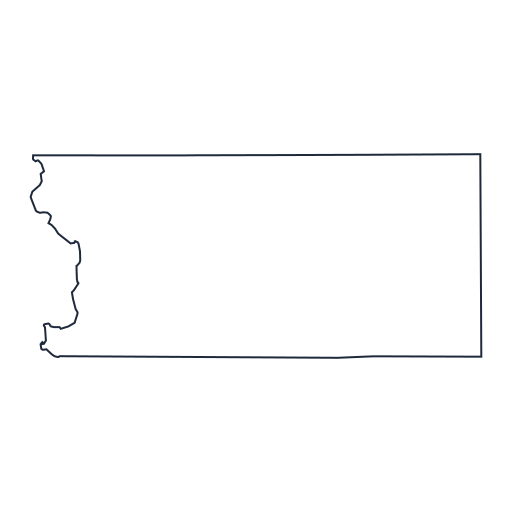 the district of Lyon, Iowa, United States of America
{"feature_id": "52423323B71367497505693", "entity_name": "Lyon", "entity_type": "district", "adm_level": 2, "iso_a3": "USA", "parent_name": "United States of America", "parent_adm1": "Iowa", "projection": "orthographic", "projection_center": [-96.51, 43.379], "detail": "fine", "context": "isolated", "style": "outline", "palette": "slate", "viewbox_px": 512, "rotation_deg": 0, "n_neighbors": 0, "source": "geoboundaries", "source_scale": "gbopen_adm2", "svg_char_len": 1218}
<svg xmlns="http://www.w3.org/2000/svg" viewBox="0 0 512 512"><path d="M121.4,155.4L37.8,155.3L33.1,155.3L33.0,159.0L33.5,159.8L35.7,161.3L37.5,160.4L38.3,160.5L40.8,163.1L41.6,164.2L44.0,171.3L40.7,173.9L41.5,179.8L41.8,181.1L39.8,185.1L32.4,191.6L30.7,196.7L30.9,197.8L35.9,210.7L36.7,211.5L38.7,212.3L39.8,212.8L43.4,212.3L47.5,212.7L50.5,215.4L50.9,216.3L50.2,219.4L48.5,223.2L51.5,224.9L55.0,228.6L58.2,233.6L60.9,235.8L70.6,243.4L74.2,242.9L74.8,242.3L74.8,241.3L75.4,241.2L77.7,242.3L78.5,243.6L80.0,251.3L80.2,259.4L80.2,260.5L79.6,262.7L77.0,265.7L76.5,265.9L76.6,270.8L76.9,279.5L77.6,282.4L78.2,282.6L78.4,283.4L73.7,290.5L71.9,292.3L73.0,298.9L75.6,309.0L77.6,312.4L77.3,314.4L74.6,322.8L68.2,326.5L60.8,328.8L59.5,327.1L54.5,327.1L54.0,327.1L51.1,326.5L50.1,325.5L49.6,324.3L48.4,323.5L44.3,324.3L43.8,325.2L44.2,326.2L44.8,326.9L45.0,328.0L45.2,330.2L45.9,340.5L43.9,343.8L42.7,344.0L42.7,342.4L42.3,342.1L40.6,344.2L41.3,348.8L42.7,349.8L46.4,349.3L51.4,354.0L54.1,356.0L56.6,356.8L58.5,357.0L59.7,356.2L337.6,357.8L373.5,356.3L481.3,356.7L480.3,154.2L480.2,154.2L363.8,154.8L275.8,155.1L275.6,155.1L269.5,155.1L194.8,155.3L183.3,155.4L121.4,155.4Z" fill="none" stroke="#1e293b" stroke-width="2"/></svg>